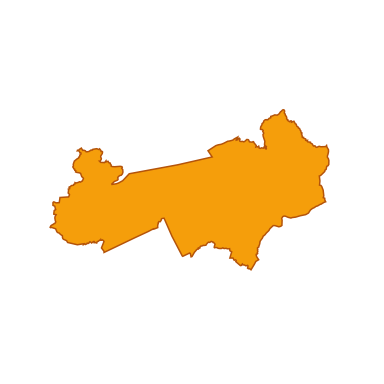 El Plateado de Joaquín Amaro, Zacatecas, Mexico (Equal Earth projection), rotated 237°
{"feature_id": "50627088B59379966693787", "entity_name": "El Plateado de Joaquín Amaro", "entity_type": "district", "adm_level": 2, "iso_a3": "MEX", "parent_name": "Mexico", "parent_adm1": "Zacatecas", "projection": "equal_earth", "projection_center": [-103.037, 22.004], "detail": "fine", "context": "isolated", "style": "filled", "palette": "amber", "viewbox_px": 384, "rotation_deg": 237, "n_neighbors": 0, "source": "geoboundaries", "source_scale": "gbopen_adm2", "svg_char_len": 6068}
<svg xmlns="http://www.w3.org/2000/svg" viewBox="0 0 384 384"><g transform="rotate(237 192 192)"><path d="M94.6,199.1L97.4,204.9L99.0,207.7L98.9,211.0L102.6,211.0L104.2,211.5L104.8,212.0L104.5,213.1L104.8,213.7L105.8,213.9L106.5,215.0L107.7,215.2L107.9,215.8L109.3,216.3L109.6,216.8L109.5,218.1L110.4,218.8L110.9,219.7L112.5,221.4L113.0,221.5L113.9,223.0L115.0,225.9L116.3,227.9L116.2,228.4L116.4,230.0L117.1,231.9L117.8,235.5L118.8,237.3L119.6,241.8L118.6,243.3L115.5,245.9L114.9,247.7L115.0,249.2L119.4,252.3L121.0,252.8L121.9,254.7L121.7,256.1L120.7,257.3L118.3,258.9L116.3,260.8L116.0,262.1L114.5,265.2L113.1,269.9L111.1,275.0L110.9,278.2L112.4,281.5L112.6,284.1L112.3,286.1L112.4,288.2L111.9,289.8L111.8,292.9L111.5,293.4L111.4,297.2L111.0,298.8L112.9,299.0L114.5,299.9L115.7,299.0L117.1,300.5L122.1,303.0L125.9,303.8L127.3,303.7L128.3,302.7L131.6,305.3L136.1,307.5L135.9,308.1L135.9,309.6L136.9,314.5L137.9,315.4L137.9,316.8L140.1,318.9L140.0,320.5L140.6,321.7L143.8,323.9L145.6,324.5L147.5,324.5L148.6,325.3L149.6,326.6L151.4,328.4L153.2,329.5L156.2,329.6L157.7,330.2L157.3,328.8L159.7,324.8L161.1,323.5L161.5,321.0L162.4,320.3L163.3,320.4L163.9,320.1L164.1,319.2L164.7,318.9L166.9,319.0L168.8,318.0L169.3,318.4L171.0,316.4L171.7,316.4L172.4,317.0L172.6,316.1L173.4,315.5L173.9,316.1L174.6,316.2L176.4,314.9L177.1,315.3L177.7,314.3L179.9,315.3L180.9,315.4L181.4,315.6L181.4,316.2L181.8,316.4L182.9,316.0L184.3,316.6L184.7,316.4L186.8,316.8L187.6,316.1L188.7,316.4L190.0,315.7L192.2,316.3L192.9,315.8L195.5,316.0L195.8,316.0L195.7,315.6L196.2,314.9L196.2,313.6L196.3,313.3L197.5,314.0L198.1,313.1L197.9,312.0L200.0,311.2L200.3,311.7L201.8,311.2L203.1,312.1L204.5,312.3L205.1,312.0L206.6,312.6L208.0,312.4L209.4,313.8L210.7,313.9L211.4,313.2L211.4,312.2L211.0,310.7L211.1,310.0L210.1,307.6L210.0,305.4L211.6,303.4L212.0,300.9L212.5,299.2L211.4,298.5L211.8,296.9L211.3,295.0L211.6,294.2L211.9,294.2L212.6,293.0L212.7,292.4L212.4,290.7L211.4,289.9L211.2,288.0L210.4,287.4L209.1,285.0L207.4,283.6L206.7,284.0L206.2,284.9L204.8,285.2L204.2,284.3L202.6,284.3L202.1,284.0L201.5,282.8L199.8,282.0L194.8,280.7L192.4,278.7L191.0,278.7L189.5,279.1L189.0,278.4L188.0,278.1L187.7,277.6L188.2,277.2L190.9,277.6L189.8,276.0L189.9,275.6L191.1,274.5L191.4,273.0L192.2,272.3L194.1,272.9L194.0,271.7L194.9,270.7L195.0,270.1L196.0,271.2L199.8,270.8L200.6,271.0L201.0,270.7L201.0,269.6L202.8,267.5L205.0,267.8L205.6,267.4L206.2,266.5L205.7,263.7L205.9,262.7L206.9,262.0L207.7,260.5L208.5,259.8L209.9,260.2L210.2,261.1L211.5,260.9L211.7,260.1L211.0,258.7L211.4,257.3L211.7,257.5L211.8,258.7L212.7,259.3L213.2,260.1L213.5,256.4L213.3,254.4L214.5,250.8L215.1,249.7L215.6,245.0L216.1,242.5L217.3,239.6L217.9,237.3L217.9,227.9L210.4,228.0L222.6,194.8L241.5,149.3L239.2,140.0L239.6,135.1L240.1,133.1L241.9,129.0L242.4,129.1L243.1,132.6L242.5,136.1L242.8,136.8L244.7,137.7L245.2,140.1L244.6,141.8L245.1,143.5L246.3,144.9L248.5,146.1L250.1,146.0L250.7,147.0L251.5,147.0L252.7,145.7L255.3,140.9L256.9,138.8L257.7,138.3L258.6,138.9L260.0,138.8L260.7,139.2L261.9,138.2L263.5,138.3L264.0,136.6L265.0,136.9L264.3,135.3L264.6,134.7L264.4,134.5L266.6,131.5L268.2,131.2L267.8,131.8L268.4,132.6L268.6,133.4L269.6,134.3L271.0,134.4L271.9,135.1L273.1,137.7L274.3,138.8L275.0,138.7L275.5,137.8L276.4,138.2L278.5,138.0L278.3,137.1L280.2,135.7L281.8,132.1L281.4,131.5L281.8,131.2L281.9,129.9L282.2,129.8L282.1,127.8L282.7,126.2L283.4,125.1L284.7,125.0L286.0,124.0L286.4,123.0L289.1,123.1L289.1,120.5L288.7,119.7L289.4,118.7L289.0,118.2L288.5,119.4L286.3,119.6L285.9,119.3L285.5,120.1L284.7,119.9L284.1,119.2L284.1,117.9L283.4,117.6L282.7,116.5L282.9,115.9L282.2,115.3L282.4,113.8L282.0,110.2L281.7,110.1L281.5,109.5L279.9,107.5L278.4,106.7L278.1,105.9L277.9,105.7L275.4,105.6L275.0,106.0L274.0,105.5L273.1,106.1L272.2,105.3L271.2,106.0L269.4,108.0L268.3,108.7L265.0,107.9L262.8,108.4L262.3,108.2L260.9,105.9L261.1,105.3L261.0,103.8L261.9,103.2L262.0,101.8L262.5,100.3L262.8,99.5L263.6,99.0L262.5,98.1L262.8,97.0L262.2,96.3L263.1,94.3L262.7,92.5L263.1,91.9L263.0,91.5L261.7,91.4L261.4,91.1L261.8,89.9L260.4,89.2L258.6,87.6L256.7,87.9L256.3,87.7L255.1,85.8L259.3,78.3L255.4,74.9L256.9,72.1L258.8,70.9L259.1,70.4L258.8,69.6L256.5,68.1L254.8,69.2L252.4,68.3L251.7,68.3L251.4,67.7L251.6,67.1L251.5,66.3L249.1,64.3L248.6,64.0L247.0,65.7L245.9,63.7L244.9,62.8L242.3,61.7L241.1,61.5L240.3,59.9L240.6,59.4L240.4,57.5L240.6,57.3L240.6,55.4L239.7,53.8L239.1,54.0L238.9,54.7L238.1,55.5L235.4,57.6L232.3,57.0L231.1,57.3L229.6,58.4L228.2,58.5L226.0,59.5L224.4,58.6L223.2,58.3L222.3,58.5L219.5,60.3L217.4,60.2L210.2,67.1L207.8,72.5L207.0,72.1L207.1,73.8L206.1,73.9L205.8,75.5L206.2,76.1L205.6,77.0L205.4,77.0L205.3,77.7L205.9,79.1L205.7,79.5L203.9,80.0L204.1,82.3L203.9,82.8L203.6,82.7L203.5,81.8L203.2,82.8L202.7,82.4L202.2,83.4L201.1,84.3L202.0,85.5L201.7,86.5L201.9,88.4L201.5,88.7L201.5,89.3L201.7,89.6L201.1,89.5L200.7,90.0L200.6,90.8L199.2,91.3L198.4,91.2L194.4,85.6L190.2,85.9L189.2,85.3L184.7,119.8L182.7,133.8L182.3,138.3L182.1,139.4L181.9,139.2L181.5,140.3L180.8,143.9L182.1,144.6L183.4,145.7L183.8,146.5L184.4,146.6L185.2,148.1L184.4,149.1L185.1,150.8L186.0,151.6L186.1,152.4L185.2,154.3L165.8,151.1L143.8,149.0L143.1,149.2L142.1,156.8L141.4,157.1L138.1,155.9L137.9,156.9L140.1,161.2L140.8,163.7L141.1,164.2L141.1,165.5L140.7,166.2L141.6,166.6L141.7,166.9L140.9,167.4L140.8,168.3L141.5,168.7L141.8,169.3L141.8,170.1L141.3,170.8L141.2,172.4L140.8,172.6L139.8,174.7L140.6,176.4L141.0,178.4L140.0,179.5L140.2,180.6L139.9,181.5L139.1,181.8L138.8,182.3L138.1,182.2L137.8,182.7L135.7,182.9L134.3,181.2L133.3,180.4L132.9,180.6L132.7,181.4L131.7,182.7L130.6,183.2L129.4,184.6L128.5,186.1L128.4,187.4L127.1,188.1L126.2,190.0L125.3,190.5L124.2,192.1L124.0,192.7L122.1,191.8L120.2,192.7L116.0,187.8L114.3,190.4L112.0,190.2L111.8,190.2L111.6,191.3L111.1,191.7L110.3,191.7L109.8,190.8L103.9,192.5L103.5,193.5L103.9,193.9L104.2,195.1L103.0,195.1L102.4,196.1L100.7,197.0L100.2,198.7L99.4,198.7L97.9,197.1L97.1,197.4L96.9,197.9L96.6,197.9L96.0,198.7L94.6,199.1Z" fill="#f59e0b" stroke="#b45309" stroke-width="1.5"/></g></svg>